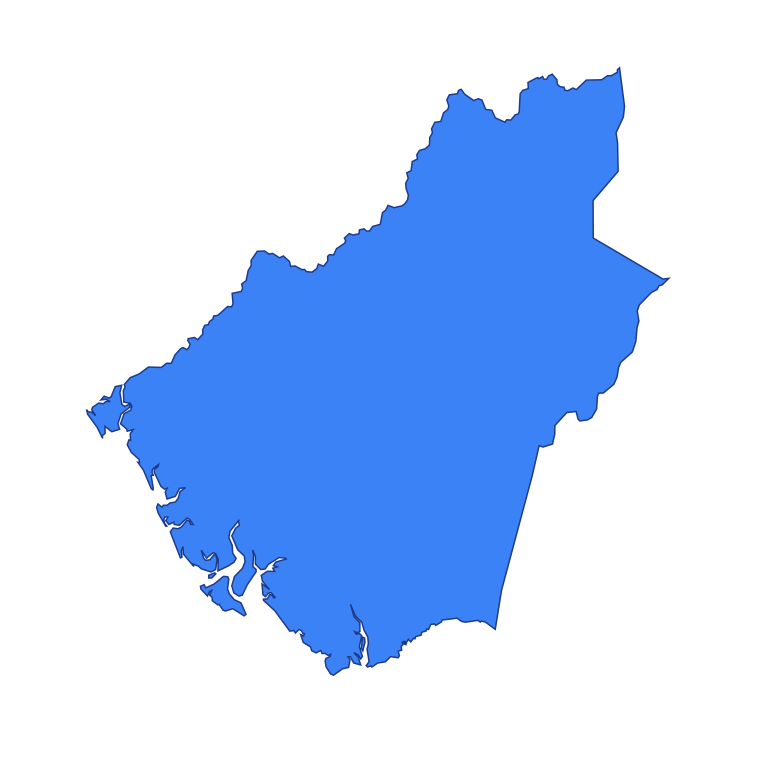 outline of Machanga, Sofala, Mozambique, rotated 171°
{"feature_id": "85939544B66501899539367", "entity_name": "Machanga", "entity_type": "district", "adm_level": 2, "iso_a3": "MOZ", "parent_name": "Mozambique", "parent_adm1": "Sofala", "projection": "equal_earth", "projection_center": [34.711, -20.915], "detail": "fine", "context": "isolated", "style": "filled", "palette": "blue", "viewbox_px": 768, "rotation_deg": 171, "n_neighbors": 0, "source": "geoboundaries", "source_scale": "gbopen_adm2", "svg_char_len": 6170}
<svg xmlns="http://www.w3.org/2000/svg" viewBox="0 0 768 768"><g transform="rotate(171 384 384)"><path d="M312.5,124.3L300.3,161.6L252.1,269.9L240.4,298.9L236.9,296.9L227.0,298.3L223.2,307.7L221.7,316.3L207.9,327.2L198.6,326.8L197.8,318.9L196.4,316.9L188.7,316.7L184.1,318.4L177.9,326.1L175.0,338.8L173.3,341.3L168.8,340.8L157.0,347.8L152.8,354.3L149.7,363.6L146.6,368.5L133.7,376.8L128.7,386.4L125.2,400.2L122.4,406.3L122.5,416.5L119.4,422.2L106.0,432.3L99.4,434.7L97.0,438.1L93.9,438.3L86.2,443.8L92.0,444.0L154.5,495.4L148.8,532.5L119.5,557.4L115.6,585.5L115.5,595.8L105.8,610.3L103.0,620.7L101.9,659.5L104.3,657.9L104.7,655.4L111.5,652.9L114.9,653.6L121.4,650.4L136.6,652.5L148.0,644.7L151.0,646.8L156.6,645.0L159.3,645.7L159.8,648.9L163.5,650.1L165.8,652.6L165.7,657.6L169.4,663.7L173.1,662.6L175.9,659.5L178.4,660.1L179.3,662.9L183.3,661.2L184.1,662.6L186.4,662.1L194.6,659.3L195.3,653.2L201.0,652.3L204.1,649.4L207.9,631.6L209.5,629.6L212.3,629.4L217.4,624.8L221.5,625.8L223.5,623.6L232.4,629.4L234.7,637.6L240.7,639.3L242.8,649.1L246.2,651.0L251.1,650.0L258.9,657.5L261.7,663.0L264.5,662.3L266.1,659.2L274.2,659.4L277.5,654.9L276.5,648.4L278.1,645.1L282.8,642.5L286.8,634.5L293.0,634.4L297.1,628.6L296.9,624.4L300.3,620.2L301.7,612.9L306.4,609.9L312.5,609.1L315.7,605.3L315.8,601.0L321.3,599.3L323.9,590.5L328.5,589.0L327.9,583.3L331.2,578.8L331.6,573.7L330.4,566.7L332.0,562.0L335.3,558.8L338.3,557.1L346.5,556.6L352.1,559.8L354.9,555.7L358.7,553.4L362.7,542.3L370.6,541.4L374.3,537.4L377.2,537.7L379.5,540.4L384.2,540.0L385.2,536.3L391.4,536.0L394.8,538.0L400.3,534.3L399.4,531.5L400.8,529.2L409.7,525.1L413.7,519.3L417.6,520.3L419.7,518.9L420.3,514.3L425.3,509.8L430.1,512.7L432.3,508.6L437.5,505.7L443.0,507.1L444.5,509.5L447.4,509.9L453.4,514.5L457.8,514.8L458.2,519.8L463.4,526.2L467.5,525.0L473.6,530.4L477.4,530.4L481.2,534.1L488.4,534.9L496.0,526.8L496.6,521.7L500.4,517.3L504.0,507.6L508.9,505.1L508.7,500.7L510.5,497.7L519.8,497.3L520.6,486.7L522.5,484.1L526.3,485.0L537.4,477.8L541.7,477.8L542.7,474.9L546.5,473.0L548.3,470.2L552.0,469.9L554.7,465.6L555.0,461.8L561.0,456.9L563.9,459.6L570.3,459.4L571.0,457.5L569.3,453.7L571.0,450.6L573.2,448.7L576.7,451.4L579.2,450.8L585.9,445.4L590.9,437.7L595.6,438.5L601.3,435.2L614.1,437.6L624.0,432.3L633.6,430.0L640.7,424.1L640.1,421.8L642.5,418.2L643.8,406.8L637.6,404.7L636.5,401.4L638.3,397.9L645.4,395.2L650.4,385.9L645.3,379.9L645.0,377.5L638.9,378.2L642.5,374.5L643.1,368.0L644.7,368.7L647.1,364.1L644.3,356.0L637.7,347.8L637.8,344.6L639.4,345.2L635.1,336.7L630.2,316.9L628.8,315.5L628.2,317.0L628.3,330.0L626.1,330.0L627.0,332.9L626.0,336.1L619.3,339.7L620.4,337.4L623.8,336.1L624.8,333.1L620.4,317.9L617.4,314.6L614.6,315.0L617.0,311.5L616.3,304.3L607.6,305.7L602.2,312.9L596.2,312.7L602.3,309.6L605.0,303.5L608.5,300.1L614.0,300.0L617.3,298.1L620.9,298.8L622.5,297.0L626.0,300.9L627.9,297.7L627.2,291.7L621.8,277.6L620.7,277.7L622.5,280.6L622.7,284.4L621.4,286.8L619.7,286.9L618.2,286.3L620.9,283.2L618.4,278.9L613.2,280.4L613.2,278.1L608.2,276.4L599.6,282.5L597.3,281.0L594.5,275.1L596.9,275.6L597.6,279.0L599.7,280.4L606.5,274.4L610.1,273.3L614.8,274.7L618.2,271.4L612.3,244.1L610.7,244.5L610.2,251.0L608.0,254.9L608.7,247.3L600.4,233.5L600.8,236.0L595.9,233.2L593.3,230.0L584.2,225.4L579.3,227.1L576.4,236.5L576.8,240.7L578.6,242.0L583.6,237.6L587.7,237.7L589.4,240.1L590.5,248.5L586.5,239.7L579.2,244.1L576.8,242.8L575.1,236.8L577.3,225.4L566.4,228.6L560.2,231.3L557.3,234.9L559.9,240.5L559.2,248.6L561.3,256.3L559.2,262.6L548.9,271.9L549.1,267.0L553.2,264.7L558.1,257.8L554.4,243.1L548.9,236.0L549.0,230.2L552.6,224.1L561.8,217.2L565.9,208.5L565.0,201.2L560.6,197.3L557.1,197.5L550.6,206.9L539.6,218.7L539.4,221.1L542.1,224.1L539.6,235.2L539.8,240.6L538.0,234.1L539.2,226.3L534.7,220.0L530.3,219.9L526.4,224.0L514.8,229.0L508.3,227.3L507.9,226.4L518.7,225.1L521.7,221.9L518.0,220.1L522.7,219.5L521.3,216.0L528.5,217.3L535.2,214.2L534.9,208.2L529.2,198.8L535.8,205.6L536.5,194.8L534.2,192.4L531.3,195.5L528.1,195.6L524.9,190.3L526.3,189.9L527.5,192.8L529.9,194.0L532.9,189.9L536.6,190.5L536.9,189.2L527.3,177.1L515.7,154.6L511.6,154.6L510.4,151.9L506.5,154.8L504.2,153.5L503.0,150.1L501.7,149.9L502.8,147.7L505.5,149.5L504.1,141.3L497.6,135.7L497.2,131.9L493.0,129.0L488.2,130.7L487.3,127.4L484.6,127.2L481.5,124.6L478.9,125.3L480.1,123.2L484.2,122.1L485.5,119.7L485.4,113.7L482.1,105.9L479.3,104.3L469.6,109.2L463.3,109.6L460.7,116.9L462.4,120.2L459.9,119.9L457.6,113.2L451.0,110.2L452.2,118.3L455.9,123.3L452.1,120.8L450.0,116.1L447.9,118.3L449.5,128.3L445.4,138.9L447.3,141.5L450.6,141.1L451.7,144.0L449.5,142.6L446.5,143.3L445.2,152.0L449.9,158.7L451.6,171.7L448.6,159.5L443.2,152.2L442.2,144.0L439.6,136.4L440.1,129.8L442.2,124.8L442.2,112.0L445.6,108.7L444.5,107.0L441.1,107.7L440.3,106.3L433.9,109.4L426.1,109.4L420.1,113.7L412.9,111.4L411.3,113.1L411.7,118.0L408.2,118.3L408.1,122.1L406.2,123.5L406.4,126.2L405.1,126.4L405.0,124.2L403.1,123.2L402.5,124.5L403.9,124.6L403.9,126.5L402.2,125.2L399.9,128.0L397.9,125.1L394.6,128.2L393.3,127.5L392.3,129.5L386.6,130.2L385.4,133.0L381.1,133.4L380.2,135.3L378.4,134.5L375.4,139.3L371.6,139.1L370.7,137.5L364.5,140.0L363.4,141.8L348.4,141.3L344.6,137.4L340.7,136.0L328.3,135.9L326.2,133.8L324.9,134.6L321.1,133.0L312.5,124.3ZM674.1,386.1L670.4,374.3L670.2,377.1L667.2,378.8L666.2,385.8L660.4,379.5L652.2,380.6L653.0,386.5L648.3,395.6L638.2,401.1L638.7,404.1L643.5,402.3L646.1,405.0L646.2,416.8L643.3,423.8L649.9,423.4L655.6,414.0L657.9,413.1L662.3,415.8L666.1,412.5L661.0,412.4L657.2,409.5L661.6,410.2L664.2,408.4L668.8,409.8L675.6,406.5L676.7,404.1L673.7,397.8L677.3,401.9L680.5,402.8L681.8,405.3L681.4,400.4L674.1,386.1ZM568.5,185.7L558.4,176.9L556.3,178.1L559.5,190.2L565.7,194.5L569.7,201.2L570.6,206.3L567.8,215.5L568.5,218.1L572.7,219.1L583.1,213.0L592.2,210.5L592.9,213.9L597.0,212.9L596.9,210.1L591.5,202.2L588.9,206.2L586.5,207.0L589.2,202.8L587.1,200.2L587.6,196.9L582.7,191.8L581.3,192.2L578.4,185.8L576.2,184.6L568.5,185.7ZM444.7,137.3L447.8,126.6L446.7,123.7L443.1,132.1L442.9,136.2L444.7,137.3ZM580.7,223.9L587.0,222.6L587.5,219.8L584.4,219.4L579.8,222.8L580.7,223.9Z" fill="#3b82f6" stroke="#1e3a8a" stroke-width="1.5"/></g></svg>